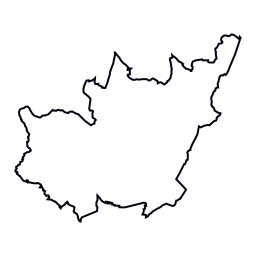 Tilapa, Puebla, Mexico
{"feature_id": "50627088B76714936003523", "entity_name": "Tilapa", "entity_type": "district", "adm_level": 2, "iso_a3": "MEX", "parent_name": "Mexico", "parent_adm1": "Puebla", "projection": "natural_earth1", "projection_center": [-98.551, 18.619], "detail": "fine", "context": "isolated", "style": "outline", "palette": "ink", "viewbox_px": 256, "rotation_deg": 0, "n_neighbors": 0, "source": "geoboundaries", "source_scale": "gbopen_adm2", "svg_char_len": 5679}
<svg xmlns="http://www.w3.org/2000/svg" viewBox="0 0 256 256"><path d="M226.8,35.6L224.8,35.5L223.6,35.8L221.7,37.4L221.2,38.7L221.1,40.1L221.5,41.0L222.2,41.5L222.4,42.2L222.2,42.9L220.9,43.5L218.9,43.7L216.8,47.7L215.4,48.5L215.2,49.6L215.4,50.5L216.0,52.2L215.7,53.6L216.5,58.6L215.1,59.7L214.1,62.0L213.5,62.5L212.9,62.6L209.1,62.4L208.0,61.7L207.9,60.1L206.8,60.3L202.7,60.3L202.2,59.4L195.9,60.3L194.7,60.8L193.0,61.5L192.3,62.5L191.6,65.7L192.6,66.9L192.4,68.1L192.6,68.6L192.4,69.2L191.6,70.0L191.4,71.0L190.8,71.0L190.5,70.1L185.7,68.5L184.2,67.1L182.4,64.9L183.1,63.9L180.3,62.0L179.0,61.6L175.8,58.0L174.1,56.7L173.1,56.2L172.2,55.2L172.4,57.6L170.1,58.3L170.2,59.2L169.8,59.8L170.5,61.6L171.3,66.5L171.2,66.9L171.9,69.2L171.5,70.3L171.5,74.1L170.8,75.7L170.6,77.8L169.0,80.0L168.9,80.5L168.4,80.8L167.5,80.9L167.2,82.1L164.3,84.5L162.0,83.0L160.5,82.2L158.9,82.6L157.8,83.3L157.3,80.9L153.2,78.5L152.4,78.5L150.2,80.3L148.7,80.5L147.3,79.4L145.5,79.1L142.0,79.2L139.1,79.6L136.3,79.3L134.4,79.9L133.0,79.8L132.2,79.5L129.5,77.8L128.0,76.2L127.7,75.6L127.7,74.7L129.9,74.3L129.8,69.9L130.3,69.1L131.0,68.5L129.7,68.3L128.7,69.7L127.6,69.9L128.0,67.3L125.9,64.9L123.2,63.0L120.9,60.4L119.5,57.9L115.4,53.0L114.9,52.3L114.6,51.5L114.9,53.0L115.0,54.7L113.2,63.6L110.8,69.7L110.4,71.4L109.9,72.3L109.9,74.3L108.0,80.1L108.0,80.8L106.8,84.3L105.3,88.0L104.0,88.0L101.9,87.5L102.2,86.7L98.5,85.1L98.1,84.4L98.2,83.8L95.3,84.1L94.5,81.7L94.9,80.0L95.0,78.3L94.6,78.8L92.7,80.0L92.5,80.3L89.1,81.4L88.9,80.4L86.4,80.6L84.4,85.3L83.4,88.8L83.5,91.7L84.3,93.3L85.2,93.8L88.4,96.5L90.2,98.4L90.5,99.7L89.2,108.6L89.7,110.2L90.2,110.7L91.7,110.4L93.1,111.3L92.4,113.4L92.6,117.2L93.1,118.0L94.4,118.6L95.7,119.7L95.7,120.2L94.5,121.5L94.3,122.3L94.5,122.9L94.5,123.5L92.5,124.3L91.0,125.3L84.8,120.7L78.0,114.0L76.1,113.7L75.0,112.9L73.2,112.1L72.2,111.5L70.7,111.7L69.9,111.7L68.9,112.3L68.3,113.1L64.7,112.2L62.6,110.3L61.5,110.3L61.1,110.6L58.2,109.8L57.6,110.0L56.6,110.7L55.2,110.7L54.4,110.4L53.8,110.7L52.6,110.0L48.6,114.1L46.8,114.9L45.4,115.4L44.0,115.4L42.1,115.8L40.9,117.1L39.8,117.6L35.6,116.2L33.9,115.4L32.1,113.4L30.3,110.4L29.5,108.4L27.7,106.6L26.0,106.6L24.9,107.2L24.1,108.0L21.0,108.8L19.9,109.8L19.4,110.7L19.1,111.7L19.0,112.5L19.5,115.4L20.5,117.2L20.8,118.1L21.0,119.5L21.5,119.6L21.7,120.0L21.8,121.2L23.1,122.1L24.3,123.6L24.8,124.6L25.3,126.5L25.9,126.9L26.2,127.4L26.6,128.6L26.5,129.1L26.9,129.9L26.8,130.6L26.9,131.1L29.0,133.8L29.3,134.4L28.9,135.3L28.8,136.0L28.0,136.8L28.0,137.8L28.4,138.0L28.6,138.8L28.6,139.9L28.4,141.4L28.0,142.0L27.1,141.9L27.0,142.8L27.2,143.8L27.4,146.3L27.6,146.8L30.0,148.7L30.8,150.4L30.7,150.8L29.8,151.1L29.2,151.9L28.8,152.1L27.3,152.1L24.1,154.0L24.4,154.6L24.1,156.0L22.8,157.1L22.7,157.4L23.3,158.3L23.2,158.8L22.9,159.0L22.2,159.1L22.1,159.3L22.7,160.2L22.6,160.7L22.4,161.1L21.4,161.7L20.8,162.0L20.3,161.9L19.8,164.6L18.2,164.9L17.5,166.1L16.1,166.9L16.2,167.9L16.7,168.5L16.3,169.3L15.5,170.0L15.4,171.3L15.9,171.8L16.5,171.7L17.2,171.9L17.5,172.5L17.5,172.9L16.8,173.5L17.0,173.9L17.5,174.2L19.3,175.8L19.8,175.9L22.3,179.4L23.4,180.6L23.9,181.0L26.1,181.6L26.4,180.7L26.9,180.2L27.3,180.2L27.6,180.3L28.1,181.1L28.1,181.8L27.7,182.3L27.8,182.5L28.4,182.3L29.7,182.3L32.0,183.0L36.2,183.4L37.0,183.1L37.9,183.0L38.5,183.1L39.0,183.7L40.8,184.5L41.3,185.3L40.7,186.5L40.0,186.9L39.8,187.4L41.1,187.5L42.0,187.1L43.6,189.8L43.0,190.2L43.3,190.6L44.9,191.1L44.4,191.6L44.6,194.1L45.3,194.5L46.4,196.1L47.4,195.4L48.5,195.4L49.2,197.5L47.7,199.3L51.2,199.7L53.9,201.2L54.8,201.3L55.2,202.0L56.3,202.3L56.8,203.2L60.0,205.9L59.5,207.1L60.7,208.2L60.9,207.3L64.9,204.4L65.7,203.1L66.4,202.7L67.2,201.8L68.0,202.9L67.8,203.6L69.8,205.1L74.1,206.8L74.5,207.7L73.7,211.4L74.2,212.2L74.3,212.1L75.5,213.2L76.8,213.9L78.0,216.5L77.8,217.2L78.2,218.1L78.5,219.3L79.0,220.5L80.1,221.5L80.6,221.5L80.8,219.2L81.6,217.9L82.2,217.2L96.9,211.2L97.2,210.0L97.3,208.2L97.5,207.3L97.1,206.5L96.6,206.3L96.4,205.7L96.4,202.4L97.5,200.1L97.4,195.5L97.8,195.9L97.8,196.1L99.3,197.4L100.8,199.7L102.7,201.6L105.6,203.0L105.9,201.7L108.2,202.0L107.8,203.4L109.9,203.5L110.1,202.5L112.4,203.1L112.1,204.5L114.7,204.9L114.6,205.6L119.3,205.8L119.2,207.2L123.1,207.4L125.2,207.3L143.7,202.7L145.3,203.0L145.2,203.4L146.1,204.1L146.2,205.9L144.8,205.7L145.0,208.7L143.7,209.2L143.9,209.7L143.5,212.3L143.2,213.2L142.5,214.5L146.1,215.0L145.9,217.3L147.9,216.3L149.5,214.0L150.8,213.5L153.4,210.9L155.4,210.0L156.7,209.0L160.3,207.2L162.6,205.3L166.4,203.7L169.7,205.0L172.9,206.0L173.5,205.9L174.3,205.3L175.4,203.9L176.2,200.7L176.6,200.7L177.8,200.2L178.9,199.4L179.6,198.7L180.1,198.9L186.1,189.6L176.2,179.1L179.4,173.6L184.1,164.2L185.1,164.0L186.6,160.0L187.7,159.7L187.9,154.8L187.3,152.5L188.0,151.2L189.8,150.2L190.3,149.2L190.5,149.3L190.5,148.3L192.7,143.5L196.9,135.4L197.6,133.6L198.9,126.4L200.6,127.4L204.1,125.8L205.7,125.4L207.8,124.9L209.4,125.3L214.1,121.1L216.1,120.5L216.6,119.4L216.8,117.6L217.7,116.6L218.3,116.5L218.9,115.7L219.4,115.5L219.9,114.9L220.4,113.9L220.5,113.3L218.8,113.0L217.3,112.2L214.7,110.6L214.0,108.1L213.0,107.3L212.9,107.0L212.3,106.8L211.9,105.5L211.5,105.4L211.3,104.1L211.8,102.5L211.3,98.7L211.4,97.1L211.6,96.5L212.2,95.8L213.3,92.5L213.7,92.2L214.1,91.3L214.6,91.0L214.8,91.0L215.6,89.8L215.5,88.5L216.8,87.7L218.1,87.5L217.8,85.8L217.8,83.1L218.4,81.9L219.6,76.9L219.9,76.3L220.5,75.7L221.3,75.3L222.8,75.5L223.3,75.2L224.5,74.1L225.6,75.0L227.2,73.0L228.7,69.8L229.7,67.0L235.1,54.2L240.6,37.6L239.8,36.8L239.5,38.8L239.4,39.1L239.1,39.0L236.3,36.6L234.4,35.4L232.2,34.5L231.3,34.5L230.0,35.7L229.0,36.1L227.7,36.1L226.8,35.6Z" fill="none" stroke="#020617" stroke-width="2"/></svg>